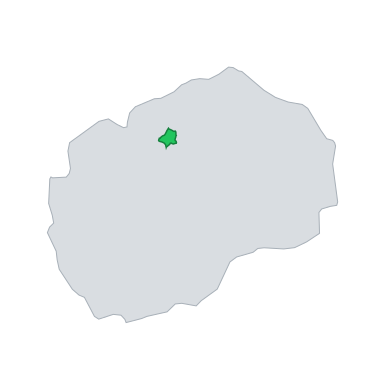 where Ilinden sits in North Macedonia, rotated 349°
{"feature_id": "MKD-2933", "entity_name": "Ilinden", "entity_type": "Statistical Region", "adm_level": 1, "iso_a3": "MKD", "parent_name": "North Macedonia", "parent_adm1": "", "projection": "equal_earth", "projection_center": [21.617, 41.98], "detail": "fine", "context": "in_parent", "style": "filled", "palette": "green", "viewbox_px": 384, "rotation_deg": 349, "n_neighbors": 0, "source": "natural_earth", "source_scale": "10m", "svg_char_len": 1874}
<svg xmlns="http://www.w3.org/2000/svg" viewBox="0 0 384 384"><g transform="rotate(349 192 192)"><path d="M172.8,93.3L179.3,94.1L193.5,90.2L202.2,84.8L206.7,84.0L212.7,81.9L221.2,82.2L229.9,84.6L240.9,81.5L251.7,76.4L256.1,77.7L260.8,82.0L263.9,83.2L282.0,105.8L291.9,115.0L303.5,122.0L316.9,127.1L321.6,132.0L330.3,156.2L334.4,165.4L340.0,168.2L341.4,170.8L341.7,174.3L335.4,191.4L333.1,229.6L331.5,232.7L324.9,232.5L316.1,233.4L312.7,236.3L309.3,256.9L295.1,262.8L282.1,266.2L271.2,265.4L252.1,260.5L245.8,260.0L240.5,262.8L223.4,264.3L215.9,267.9L198.3,292.1L180.4,300.4L174.4,304.6L160.7,299.3L154.2,298.7L144.7,304.9L124.0,305.5L118.4,306.6L102.4,307.6L101.8,304.2L98.8,299.4L91.4,297.1L76.2,299.0L72.5,295.5L66.3,274.9L61.4,271.6L56.0,264.7L46.9,242.5L46.7,232.7L47.4,224.2L42.3,204.3L45.5,199.3L50.3,196.1L50.4,188.1L49.1,175.9L54.9,152.1L56.4,150.3L57.8,151.5L71.4,153.4L75.0,150.4L77.2,145.7L78.0,128.2L81.3,120.2L114.2,104.9L123.9,104.3L131.3,111.4L137.1,115.8L140.6,115.7L141.9,111.2L145.9,102.5L152.7,97.5L172.7,93.3L172.8,93.3Z" fill="#d9dde1" stroke="#a8b0b8" stroke-width="1"/><path d="M175.2,143.3L175.2,143.1L175.1,141.8L175.1,140.6L174.6,139.7L174.0,138.6L173.2,138.0L172.3,137.4L171.3,136.7L170.5,136.5L169.4,135.8L169.1,135.3L169.1,134.8L169.7,133.8L170.2,133.0L170.5,133.2L171.0,133.2L171.6,132.5L172.3,132.1L173.6,131.4L174.8,131.1L175.8,131.0L176.6,130.2L178.0,128.5L179.0,127.1L180.5,125.5L181.1,124.9L181.5,125.9L182.9,126.7L184.3,127.8L185.6,129.0L186.5,129.0L187.2,129.0L187.5,129.6L187.5,130.9L187.3,131.7L187.2,132.7L187.2,133.3L187.3,133.5L187.1,133.6L186.5,135.0L185.8,136.3L185.4,137.1L185.3,137.7L185.3,138.3L186.0,139.0L186.2,140.3L185.9,141.1L185.0,141.1L183.8,141.2L182.9,141.3L181.8,140.8L180.9,140.0L179.9,140.0L179.1,141.1L177.7,141.7L176.4,142.6L175.5,142.8L175.2,143.3Z" fill="#22c55e" stroke="#15803d" stroke-width="1.5"/></g></svg>